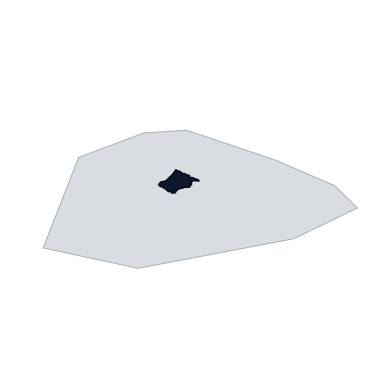 Tete Chemin/Millet, Anse-la-Raye, Saint Lucia (highlighted), rotated 77°
{"feature_id": "8701671B40430448784583", "entity_name": "Tete Chemin/Millet", "entity_type": "district", "adm_level": 2, "iso_a3": "LCA", "parent_name": "Saint Lucia", "parent_adm1": "Anse-la-Raye", "projection": "robinson", "projection_center": [-60.996, 13.893], "detail": "fine", "context": "in_parent", "style": "filled", "palette": "ink", "viewbox_px": 384, "rotation_deg": 77, "n_neighbors": 0, "source": "geoboundaries", "source_scale": "gbopen_adm2", "svg_char_len": 4442}
<svg xmlns="http://www.w3.org/2000/svg" viewBox="0 0 384 384"><g transform="rotate(77 192 192)"><path d="M254.2,262.0L213.0,349.6L132.7,294.6L123.6,225.5L130.6,183.5L179.7,103.5L218.0,51.6L244.8,34.4L260.4,103.4L254.2,262.0Z" fill="#d9dde1" stroke="#a8b0b8" stroke-width="1"/><path d="M182.8,182.8L182.7,182.8L182.4,182.8L182.2,182.9L182.0,183.0L181.8,183.0L181.6,183.1L181.4,183.4L181.2,183.8L181.0,184.1L180.9,184.3L180.7,184.4L180.6,184.6L180.4,184.7L180.4,184.8L180.2,185.1L180.2,185.3L180.1,185.8L180.0,186.1L179.9,186.2L179.7,186.4L179.5,186.8L179.2,187.0L179.0,187.3L178.8,187.4L178.6,187.5L178.4,187.5L178.2,188.0L178.1,188.3L178.0,188.5L177.9,188.7L177.8,188.8L177.8,189.0L178.0,189.1L178.0,189.3L177.9,189.6L177.8,189.8L177.7,190.0L177.4,190.4L177.3,190.6L177.1,190.7L176.9,190.7L176.8,190.8L176.5,190.9L176.1,190.9L175.8,190.7L175.6,190.7L175.4,190.9L175.2,191.2L175.0,191.5L174.9,191.7L174.8,191.8L174.8,192.0L174.7,192.1L174.8,192.3L174.7,192.4L174.6,192.7L174.5,192.8L174.2,193.0L173.9,193.2L173.9,193.3L173.8,193.5L173.7,193.6L173.6,193.9L173.5,194.0L173.4,194.1L173.2,194.3L172.9,194.6L172.7,194.8L172.4,195.1L172.4,195.4L172.5,195.7L172.4,195.9L172.3,196.2L172.3,196.5L172.2,196.9L172.1,197.0L171.9,197.1L171.7,197.1L171.4,197.2L171.4,197.3L171.3,197.5L171.2,197.7L171.1,197.8L170.8,197.9L170.6,197.9L170.5,198.0L170.5,198.3L170.4,198.4L170.3,198.5L170.1,198.7L169.9,198.7L169.7,198.8L169.5,199.0L169.4,199.2L169.3,199.5L169.1,199.5L168.9,199.7L168.9,199.9L168.8,200.0L168.6,200.2L168.5,200.3L168.4,200.4L168.4,200.5L168.4,200.8L168.5,201.0L168.5,201.3L168.3,201.4L168.1,201.5L167.9,201.6L167.5,202.0L167.2,202.2L167.1,202.3L166.9,202.5L166.8,202.8L170.4,206.9L172.3,210.1L175.3,215.0L175.3,220.3L177.2,222.7L177.5,222.9L177.7,222.7L177.9,222.5L178.2,222.3L178.6,222.2L179.0,222.1L179.4,221.8L179.6,221.3L179.7,221.2L179.8,221.0L179.9,220.9L180.0,220.7L180.0,220.4L179.9,220.3L179.9,220.1L180.0,220.0L180.1,219.9L180.3,219.7L180.6,219.6L180.8,219.5L180.9,219.4L181.1,219.0L181.3,218.9L181.5,218.8L181.5,218.7L181.8,218.5L182.2,218.4L182.3,218.3L182.3,218.2L182.3,217.9L182.3,217.7L182.4,217.4L182.5,217.2L182.9,217.0L183.1,216.9L183.3,216.8L183.7,216.7L183.9,216.6L184.0,216.6L184.3,216.5L184.3,216.4L184.3,216.1L184.3,215.9L184.3,215.7L184.6,215.5L184.8,215.5L185.2,215.5L185.3,215.5L185.5,215.5L185.5,215.4L185.6,215.2L185.6,214.9L185.8,214.9L186.0,214.8L186.3,214.7L186.5,214.4L186.6,214.0L186.6,213.9L186.7,213.5L186.7,213.4L186.8,213.0L186.9,212.9L187.0,212.8L187.0,212.6L187.2,212.3L187.2,212.2L187.3,212.0L187.4,211.7L187.6,211.5L187.7,211.4L187.8,211.5L188.1,211.8L188.3,211.9L188.5,211.9L188.7,211.7L188.4,211.4L188.4,211.2L188.5,211.1L188.6,210.9L188.8,210.5L188.9,210.3L188.9,210.2L188.6,210.0L188.5,209.8L188.5,209.7L188.6,209.4L188.8,209.0L188.9,208.8L189.0,208.5L188.9,208.4L188.7,208.2L188.2,207.7L187.9,207.4L187.7,207.3L187.6,207.2L187.4,207.2L187.2,207.1L186.9,206.9L186.9,206.7L186.9,206.4L186.8,206.1L186.8,205.6L186.7,205.5L186.7,205.3L186.6,205.1L186.3,204.9L186.1,204.9L185.8,204.7L185.7,204.7L185.7,204.3L185.9,204.0L186.0,203.8L186.1,203.6L186.1,203.2L186.1,202.9L186.1,202.6L185.9,202.2L185.8,201.9L185.8,201.7L185.9,201.4L186.0,201.1L186.1,200.9L186.1,200.7L186.1,200.4L186.0,200.2L185.8,200.1L185.7,200.0L185.7,199.9L185.9,199.5L186.0,199.4L186.0,199.2L185.9,199.1L185.7,198.9L185.6,198.6L185.6,198.1L185.6,197.9L185.8,197.6L186.0,197.4L186.1,197.1L186.1,196.9L185.9,196.7L185.8,196.4L185.9,196.2L186.0,196.1L186.0,195.8L186.0,195.7L186.1,195.4L186.3,195.3L186.4,195.0L186.4,194.8L186.4,194.5L186.4,194.3L186.4,194.2L186.5,194.0L186.6,193.7L186.7,193.4L186.4,193.1L186.3,192.7L186.2,192.7L185.9,192.7L185.7,192.6L185.4,192.7L185.0,192.3L184.8,192.1L184.8,191.7L184.9,191.1L184.8,190.9L184.6,190.8L184.4,190.8L184.0,190.7L183.8,190.8L183.6,190.8L183.4,190.7L183.2,190.6L183.0,190.4L182.7,190.2L182.3,190.0L182.2,190.0L181.9,190.3L181.7,190.3L181.4,190.3L181.4,190.2L181.5,190.1L181.7,189.9L181.7,189.7L181.5,189.4L181.5,189.2L181.3,189.0L181.2,188.8L180.9,188.8L180.8,188.5L180.9,188.3L181.0,188.2L181.2,187.9L181.3,187.6L181.3,187.4L181.3,187.2L181.2,187.1L181.1,186.9L181.2,186.7L181.5,186.8L181.8,186.8L181.9,186.7L181.7,186.5L181.7,186.4L181.8,186.2L181.6,186.0L181.6,185.9L181.8,185.8L181.8,185.7L181.9,185.4L182.0,185.2L182.0,184.7L182.2,184.4L182.3,184.2L182.3,183.8L182.3,183.6L182.5,183.5L182.5,183.4L182.8,183.2L182.8,182.8Z" fill="#0f172a" stroke="#020617" stroke-width="1.5"/></g></svg>